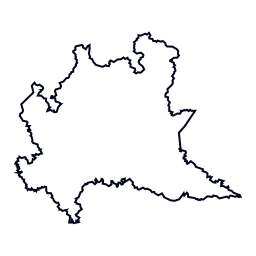 the district of Lombardia, Bergamo, Italy
{"feature_id": "23120603B71310509030930", "entity_name": "Lombardia", "entity_type": "district", "adm_level": 2, "iso_a3": "ITA", "parent_name": "Italy", "parent_adm1": "Bergamo", "projection": "natural_earth1", "projection_center": [9.792, 45.657], "detail": "fine", "context": "isolated", "style": "outline", "palette": "ink", "viewbox_px": 256, "rotation_deg": 0, "n_neighbors": 0, "source": "geoboundaries", "source_scale": "gbopen_adm2", "svg_char_len": 5705}
<svg xmlns="http://www.w3.org/2000/svg" viewBox="0 0 256 256"><path d="M69.2,222.5L72.5,222.5L71.6,220.9L71.9,219.6L73.8,223.1L78.8,222.1L77.5,220.6L79.4,217.7L76.0,215.6L75.7,214.6L78.2,213.0L78.6,211.4L81.8,209.2L80.6,207.5L80.1,204.5L76.6,203.6L76.4,202.6L75.2,202.1L76.6,199.5L75.8,198.6L78.6,197.4L80.6,192.1L82.0,191.6L82.8,190.0L82.3,189.6L82.5,186.9L84.7,184.7L85.7,184.6L85.5,183.8L87.4,183.9L87.7,182.8L92.3,181.8L94.9,184.2L96.3,182.9L95.1,180.1L95.9,179.0L97.7,181.7L99.1,182.2L101.0,181.0L101.5,178.9L102.3,179.0L103.2,180.5L102.7,183.7L105.8,184.3L108.9,186.2L111.5,184.3L111.2,181.1L112.2,180.9L113.8,183.2L116.4,184.3L116.7,186.6L117.2,186.8L118.0,185.9L118.4,182.6L120.2,182.8L121.6,184.6L122.9,184.0L123.2,182.6L121.4,180.8L121.7,179.5L124.8,178.6L124.5,182.2L129.7,178.9L133.0,182.5L132.5,184.5L134.4,186.1L134.7,187.9L137.1,187.3L137.7,189.2L139.0,189.7L142.9,187.6L145.2,189.1L147.0,188.6L150.5,190.2L151.9,192.1L154.3,192.0L154.6,193.1L158.4,195.3L162.0,193.4L164.4,197.4L170.8,200.4L174.7,200.8L179.2,199.3L183.7,193.2L184.3,195.6L186.8,192.7L187.9,193.8L188.1,196.9L195.1,198.2L196.1,199.2L197.4,198.8L198.3,200.0L200.0,199.5L199.4,200.4L201.4,199.3L203.3,199.5L207.5,196.3L212.4,196.9L213.4,195.5L216.9,196.3L219.5,198.4L226.8,196.6L228.8,197.9L229.7,196.1L231.0,195.6L235.3,196.8L236.8,196.0L238.7,197.0L240.6,196.8L239.8,195.1L233.6,192.8L231.5,190.7L228.8,190.1L228.0,188.7L228.6,187.6L228.2,186.4L226.2,187.7L223.2,186.0L221.1,186.1L221.2,184.6L222.2,183.7L221.3,183.3L221.4,182.4L223.4,181.0L219.0,179.6L217.5,181.8L215.6,180.9L215.0,181.6L215.2,182.6L213.4,182.3L209.9,179.9L211.5,177.2L210.2,177.3L209.9,176.4L207.3,177.2L207.5,173.7L206.4,172.4L202.6,171.0L202.8,169.2L195.9,166.9L194.6,164.2L190.9,161.2L187.5,163.9L186.8,163.5L187.0,161.2L185.1,161.1L185.7,159.3L183.5,158.5L183.4,157.4L185.7,156.0L184.4,154.9L185.9,153.2L185.7,151.3L181.8,150.2L181.0,151.4L180.2,151.2L180.6,148.9L178.7,149.2L180.5,148.2L178.9,132.8L184.9,126.0L195.1,110.8L191.4,110.8L190.1,109.8L188.7,111.1L187.1,109.8L185.2,110.5L184.3,109.9L182.5,111.0L180.8,110.8L181.1,111.8L180.1,113.7L177.6,113.5L172.9,115.6L171.6,115.1L171.8,113.8L171.1,113.4L172.4,112.2L169.2,111.0L169.3,106.6L168.3,105.5L169.8,102.5L167.9,99.9L168.1,97.3L165.5,96.8L165.4,95.5L165.8,93.5L167.8,92.1L167.5,89.1L172.2,84.5L172.9,82.4L172.5,80.4L174.0,78.3L172.1,76.1L174.3,73.0L174.2,71.8L175.5,70.7L174.7,67.8L173.5,67.0L175.0,65.3L173.8,64.1L173.9,62.8L170.1,61.0L170.4,60.0L172.0,60.1L172.0,59.2L174.0,57.8L177.1,57.7L179.0,55.5L177.9,54.1L178.2,51.0L176.5,49.0L172.6,46.7L167.0,46.4L165.6,44.9L165.3,43.0L162.7,41.0L161.0,41.7L157.6,40.6L156.5,41.8L155.5,41.0L153.3,41.1L152.5,39.1L149.3,38.4L149.1,37.1L150.4,35.3L149.0,32.9L147.0,34.6L145.2,33.7L140.6,35.7L138.5,35.2L138.4,37.9L136.7,38.7L137.0,39.8L134.0,42.2L134.8,43.9L134.0,45.1L134.4,46.0L134.0,48.0L134.8,49.6L133.7,51.2L136.8,53.6L140.7,52.6L143.4,54.8L143.0,56.9L140.5,57.9L140.6,59.4L139.0,60.3L138.7,62.1L139.7,64.1L142.5,66.1L144.2,69.4L140.8,72.7L137.9,72.3L136.1,73.4L134.1,72.2L135.3,70.4L134.9,68.6L130.4,66.8L130.7,64.1L129.2,63.1L130.4,60.4L128.0,59.2L127.5,57.8L125.0,59.0L123.5,57.5L120.7,59.3L117.9,59.4L113.7,62.0L110.6,60.5L109.5,61.5L109.8,62.1L109.1,63.1L109.8,64.1L108.9,66.1L106.9,66.0L105.9,65.1L103.3,66.6L101.6,66.6L95.9,64.9L93.5,62.1L92.2,59.2L89.6,58.0L90.1,56.8L88.9,53.7L89.7,48.8L89.6,47.9L88.6,47.6L89.4,47.5L89.6,45.1L87.5,46.2L85.7,49.2L83.0,47.4L82.8,45.6L82.0,45.0L75.9,46.3L75.2,47.7L75.5,49.7L73.2,51.1L73.2,52.2L75.7,54.5L75.4,56.2L76.0,57.0L75.4,58.8L76.9,60.0L76.6,62.0L77.2,62.8L75.8,64.5L76.0,65.7L73.4,68.7L73.2,71.8L71.2,72.2L70.9,73.7L69.6,74.3L69.0,77.1L68.2,78.0L66.4,78.0L63.5,81.5L59.7,82.9L61.1,85.9L60.2,88.2L55.9,89.4L54.9,90.9L56.3,95.2L53.3,97.4L55.2,98.4L55.6,101.5L58.7,102.3L60.0,103.1L60.0,104.3L60.9,104.2L58.3,106.9L56.7,111.8L55.4,112.2L53.6,111.8L53.9,110.6L51.7,110.8L50.7,109.8L47.4,111.0L47.9,109.3L50.0,107.4L49.1,107.2L48.4,103.7L46.0,101.2L46.1,98.6L44.1,98.4L41.2,95.7L37.8,95.6L39.3,92.4L41.0,91.4L41.6,90.3L41.1,90.0L42.3,89.8L43.1,88.5L42.9,87.2L39.4,84.7L37.6,85.4L35.9,84.7L34.5,82.7L31.8,85.7L33.4,92.5L21.3,104.3L23.1,110.7L22.1,112.7L20.3,113.6L19.8,115.8L23.0,120.8L26.7,121.5L27.5,122.4L26.5,126.0L29.6,126.0L28.7,127.5L30.1,129.8L27.9,129.8L28.2,131.3L29.7,131.5L31.3,133.4L31.4,134.6L30.5,135.6L31.4,136.4L32.5,140.1L32.1,141.4L33.1,142.9L37.7,144.5L37.8,146.8L39.4,148.4L39.3,149.7L40.6,149.6L40.2,150.2L41.9,153.5L39.5,154.0L38.7,154.9L36.0,154.0L35.6,155.2L32.4,155.0L32.5,155.8L35.7,157.9L34.1,159.5L32.8,159.2L32.1,162.4L30.1,163.4L28.2,163.5L27.5,160.1L25.7,159.0L25.9,157.9L24.9,157.1L21.6,158.1L19.5,156.7L19.5,157.5L17.6,158.5L18.4,161.0L16.6,161.4L15.4,163.5L16.8,163.5L16.6,165.2L18.2,164.8L18.0,166.7L18.9,167.1L18.3,167.8L17.3,167.1L17.4,167.8L19.8,168.4L17.7,168.6L18.9,169.1L17.3,170.3L19.2,172.0L17.4,172.6L19.0,172.9L21.5,171.6L21.7,172.2L19.6,173.3L18.8,175.0L19.8,175.6L19.6,176.6L21.7,177.1L22.5,179.1L24.2,179.6L23.8,181.5L26.6,184.6L25.9,185.4L26.7,186.6L25.8,187.9L27.1,188.5L27.6,190.1L28.9,189.0L30.2,190.0L31.6,188.2L32.8,189.8L34.7,189.9L34.5,191.0L35.8,190.6L36.3,191.2L36.8,189.6L38.5,189.7L38.2,188.4L39.5,189.0L38.9,188.3L40.3,188.3L40.3,187.2L40.6,188.0L41.7,187.7L41.8,187.0L43.6,187.4L45.2,186.1L44.7,186.6L46.1,187.0L46.3,191.1L47.4,193.2L50.8,193.1L52.4,196.2L51.5,197.4L53.2,198.7L53.8,200.7L56.2,202.8L58.1,202.7L59.2,205.1L57.6,206.5L59.4,208.7L59.4,209.7L61.1,209.6L62.2,210.9L66.2,210.0L65.7,210.5L67.2,211.7L67.0,214.2L70.2,216.1L69.2,222.5ZM76.2,221.1L76.3,220.6L77.1,220.8L76.2,221.1ZM52.2,96.1L51.6,96.1L50.9,98.0L52.3,98.2L52.2,96.1ZM31.0,190.5L31.3,190.0L31.2,189.5L31.0,190.5Z" fill="none" stroke="#020617" stroke-width="2"/></svg>